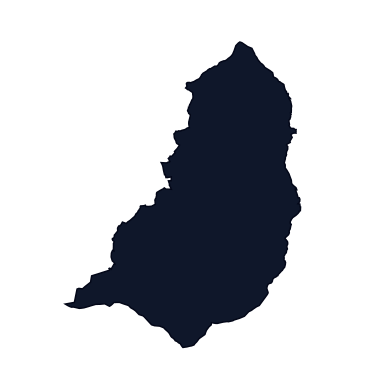 Prundu Bargaului, Bistrita-Nasaud, Romania, rotated 188°
{"feature_id": "2599482B22681076252841", "entity_name": "Prundu Bargaului", "entity_type": "district", "adm_level": 2, "iso_a3": "ROU", "parent_name": "Romania", "parent_adm1": "Bistrita-Nasaud", "projection": "natural_earth1", "projection_center": [24.734, 47.226], "detail": "fine", "context": "isolated", "style": "filled", "palette": "ink", "viewbox_px": 384, "rotation_deg": 188, "n_neighbors": 0, "source": "geoboundaries", "source_scale": "gbopen_adm2", "svg_char_len": 5983}
<svg xmlns="http://www.w3.org/2000/svg" viewBox="0 0 384 384"><g transform="rotate(188 192 192)"><path d="M165.5,347.2L166.8,346.0L168.9,343.1L169.9,337.8L170.9,334.1L172.2,331.9L173.3,330.6L174.6,329.4L176.2,327.5L177.7,326.5L179.0,326.2L181.7,324.7L182.9,323.7L183.7,321.5L185.1,319.9L186.9,319.8L189.4,317.8L190.5,316.7L191.6,316.6L193.2,315.2L194.0,314.0L197.7,311.0L198.1,310.2L198.8,309.3L199.1,308.0L200.3,305.6L201.1,304.8L202.6,303.9L204.3,302.6L205.1,301.8L207.5,300.6L208.4,300.0L209.6,300.1L211.2,299.9L211.8,299.7L212.2,299.4L212.5,299.0L212.6,298.5L212.5,298.1L212.3,297.9L212.2,297.2L211.7,296.2L211.9,295.6L212.8,294.1L212.6,294.0L211.9,293.9L211.5,293.4L210.7,292.8L210.1,293.0L208.4,292.2L205.2,290.6L204.9,289.1L204.3,287.0L204.1,284.6L204.9,283.1L205.9,279.3L206.4,278.3L206.7,276.7L206.6,275.3L207.2,275.3L207.1,274.7L207.7,271.9L207.4,271.4L206.7,270.6L206.4,269.8L206.1,269.3L204.5,268.4L204.3,266.9L204.9,261.1L204.7,259.1L203.6,255.4L205.6,254.7L207.3,253.1L208.7,252.4L210.5,251.7L212.0,250.8L214.1,250.6L214.7,249.8L216.4,250.0L217.1,248.1L218.0,247.0L217.5,245.4L217.2,243.8L216.7,242.6L215.1,240.5L214.4,238.7L213.7,237.9L210.9,236.7L212.6,233.1L215.0,229.7L214.2,228.3L214.9,227.7L216.7,225.0L217.2,224.5L217.5,224.3L218.6,224.5L218.7,224.0L220.1,221.8L219.5,221.4L219.3,220.8L218.1,219.1L218.4,218.6L219.7,218.4L220.6,217.5L222.3,217.1L226.6,216.8L225.3,215.0L224.4,213.2L223.2,209.5L221.6,205.3L220.9,205.5L219.8,202.7L218.6,203.1L218.5,202.8L214.6,204.1L214.2,200.4L215.0,200.1L216.9,199.8L215.8,197.5L215.2,196.6L215.5,195.8L214.2,194.1L212.8,191.8L214.0,191.7L218.2,191.2L220.0,192.2L221.1,191.0L223.0,189.7L226.6,186.8L226.9,186.1L226.9,184.8L226.6,183.9L226.8,181.1L227.4,179.8L227.6,178.8L227.2,177.4L226.9,175.9L226.6,174.7L227.0,174.5L230.0,172.3L233.5,171.5L234.6,171.5L235.8,171.2L236.3,172.4L238.1,171.6L241.0,171.0L241.2,170.4L240.9,170.1L241.2,168.3L241.8,167.5L242.1,166.4L242.7,165.7L243.0,164.2L244.3,162.7L244.7,162.0L244.8,161.1L245.1,160.4L245.5,159.9L245.8,159.3L246.6,158.5L248.7,156.0L249.5,155.1L251.5,153.4L252.7,151.7L256.7,152.5L257.4,150.7L257.5,149.8L258.3,149.2L258.8,148.1L259.6,148.3L260.0,147.7L260.6,146.1L260.6,145.0L260.3,144.3L260.2,142.7L261.0,141.6L262.3,139.3L262.9,138.5L262.7,137.2L263.2,135.3L264.3,134.9L264.3,134.0L263.7,133.1L262.0,132.0L262.6,130.2L262.1,126.8L262.0,125.6L261.8,124.2L261.0,123.1L261.0,122.7L262.5,123.1L262.8,122.3L263.3,120.3L263.0,116.4L262.3,114.8L261.3,112.7L259.2,111.3L259.1,110.8L258.4,110.2L258.3,109.7L259.1,109.7L259.3,109.5L260.9,105.4L261.1,104.3L262.8,105.1L263.5,104.7L263.0,104.0L262.9,103.0L279.7,95.0L279.9,88.5L284.8,83.4L287.0,80.8L290.6,80.8L292.3,79.9L293.1,66.3L301.9,63.4L299.3,62.3L297.5,61.7L295.4,61.2L293.4,61.6L287.4,61.1L285.0,61.7L282.9,62.3L278.6,64.2L276.3,65.3L271.6,67.4L267.7,68.0L263.0,69.1L262.3,69.0L259.3,67.9L257.8,67.4L256.6,68.4L255.2,70.0L254.0,71.7L251.8,72.1L248.4,72.6L244.2,71.7L240.2,71.0L238.9,70.7L236.7,68.9L233.5,67.6L231.3,66.4L227.4,63.3L223.3,62.6L222.0,61.8L213.6,54.9L210.5,54.4L205.3,54.7L200.8,53.6L200.5,53.1L197.7,51.1L196.9,50.7L194.8,48.9L192.8,46.2L191.9,45.4L190.3,44.6L188.9,43.6L187.9,42.4L185.7,41.8L184.4,40.8L182.6,40.3L180.6,37.9L180.1,37.6L179.9,37.2L179.3,36.8L177.8,37.3L175.6,37.9L172.9,39.0L171.0,39.6L168.7,40.9L168.1,42.2L166.5,44.3L164.5,47.9L159.4,52.7L158.9,55.3L158.4,57.2L156.4,60.9L154.5,63.1L154.6,65.3L150.5,65.2L148.6,65.4L143.2,67.5L139.2,68.6L137.9,68.6L133.7,70.2L132.4,71.2L127.5,73.5L122.8,76.3L119.2,81.4L117.2,82.7L115.8,83.9L115.1,84.7L112.1,87.4L109.6,89.0L103.3,100.8L102.7,102.3L102.7,103.2L103.8,105.3L104.5,106.9L104.5,108.5L104.3,109.7L103.9,111.0L103.3,111.8L101.0,112.9L100.5,113.5L100.0,115.0L100.0,116.2L99.8,117.0L99.0,118.3L97.3,119.5L96.6,120.0L96.1,120.7L95.3,121.2L95.2,122.2L92.8,125.6L92.6,126.1L91.7,126.9L90.7,129.2L90.0,130.0L89.8,130.5L89.5,133.3L89.6,135.4L89.9,135.6L90.1,135.9L90.1,136.4L90.6,136.3L91.3,137.3L91.6,138.5L91.5,139.6L92.0,140.1L92.1,140.7L91.0,144.0L90.5,144.5L90.3,144.9L90.2,145.6L90.2,147.1L90.1,147.7L89.6,148.8L89.9,149.7L90.3,150.2L90.6,152.0L90.1,153.1L90.0,153.9L90.3,155.5L90.5,156.0L91.0,156.7L91.7,157.1L92.3,158.0L93.1,158.4L93.3,158.8L93.4,159.3L93.1,159.9L90.6,163.0L90.1,164.3L90.0,165.4L90.4,166.9L90.3,167.4L89.7,168.8L89.6,170.2L89.5,172.4L89.2,173.6L89.3,173.9L90.2,174.3L90.6,176.0L90.4,176.9L90.0,177.9L89.6,179.1L89.0,180.1L88.9,180.5L85.9,183.3L84.1,185.5L83.1,187.2L83.3,187.9L82.1,188.5L82.4,192.2L82.8,192.2L83.6,195.1L85.4,195.1L84.8,196.0L84.1,197.5L84.0,197.9L84.1,198.7L84.1,199.5L84.4,200.3L85.0,201.2L86.1,201.0L87.9,205.0L90.1,209.0L90.1,209.3L89.8,209.3L89.4,208.7L89.1,208.5L88.5,208.7L89.2,210.0L89.7,210.8L92.2,212.3L93.8,213.5L94.6,214.5L95.3,217.5L97.1,220.8L98.6,223.6L101.0,226.6L103.2,229.0L103.3,230.8L103.7,232.4L104.5,233.2L104.7,233.7L104.2,237.9L104.4,239.4L103.8,241.0L103.6,242.2L104.0,243.3L104.1,243.8L104.1,244.2L103.8,245.0L104.0,245.7L103.5,246.6L103.2,247.8L103.5,249.7L103.4,250.1L103.9,250.7L105.0,251.7L104.8,252.3L103.3,253.6L101.9,254.5L101.6,254.9L102.0,255.6L102.0,256.2L100.4,260.0L102.1,262.4L101.4,263.3L99.8,264.4L98.3,264.7L97.2,264.8L97.4,265.4L97.4,266.4L97.6,267.2L97.6,268.3L99.0,268.2L100.0,269.1L100.9,269.0L102.4,268.9L103.4,269.1L105.1,271.2L104.9,272.4L106.1,276.1L105.8,277.0L105.2,277.7L105.1,278.5L104.8,280.1L105.1,282.1L104.7,282.5L105.5,283.9L104.8,284.4L105.1,287.5L105.3,288.1L105.3,291.0L107.0,295.6L107.3,296.1L108.8,297.7L107.5,298.1L108.2,298.8L109.8,300.0L110.2,300.4L110.2,302.0L110.3,302.6L110.7,303.0L111.3,302.7L112.0,302.6L112.5,304.7L113.7,305.6L115.0,308.4L116.0,311.2L117.1,311.8L118.9,312.5L120.4,313.4L121.3,313.4L122.2,314.2L122.6,314.9L122.9,315.3L124.0,316.1L125.1,316.6L126.6,317.0L127.6,317.7L128.0,319.4L128.8,321.4L131.8,323.1L137.5,325.6L137.7,326.1L138.8,327.3L140.3,328.4L142.0,329.2L145.3,332.3L146.6,334.3L148.7,336.2L149.2,337.5L152.7,342.6L157.1,343.7L163.4,346.8L165.5,347.2Z" fill="#0f172a" stroke="#020617" stroke-width="1.5"/></g></svg>